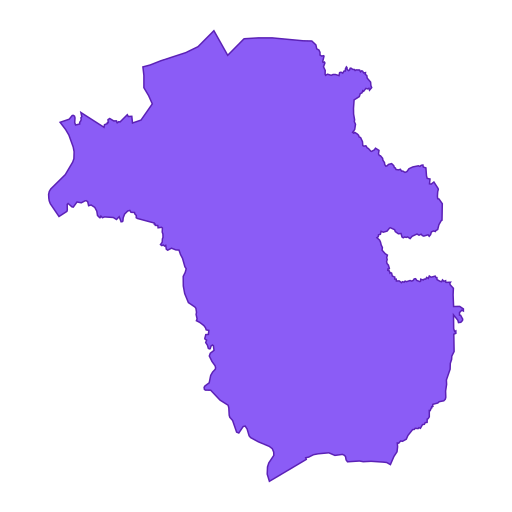 the district of Long Thanh, Đồng Nai, Vietnam
{"feature_id": "81297802B3720110239063", "entity_name": "Long Thanh", "entity_type": "district", "adm_level": 2, "iso_a3": "VNM", "parent_name": "Vietnam", "parent_adm1": "Đồng Nai", "projection": "equal_earth", "projection_center": [107.054, 10.757], "detail": "fine", "context": "isolated", "style": "filled", "palette": "violet", "viewbox_px": 512, "rotation_deg": 0, "n_neighbors": 0, "source": "geoboundaries", "source_scale": "gbopen_adm2", "svg_char_len": 6009}
<svg xmlns="http://www.w3.org/2000/svg" viewBox="0 0 512 512"><path d="M60.1,122.3L65.6,129.5L68.9,135.1L73.2,147.0L74.1,151.7L73.9,158.7L72.7,162.1L65.3,174.6L50.8,188.9L49.3,191.4L48.6,194.4L48.8,198.1L49.2,200.8L50.3,203.7L59.0,216.5L66.9,211.4L67.3,209.9L67.2,204.4L68.1,203.5L72.0,206.9L73.3,207.1L77.0,202.0L81.3,202.8L85.1,200.8L86.2,200.7L87.7,201.7L88.6,205.7L91.1,205.0L94.8,207.4L96.8,211.2L97.5,215.5L99.7,217.7L100.1,217.7L100.9,216.1L102.4,217.7L104.6,216.9L113.3,217.5L116.5,219.5L119.2,216.7L121.1,221.8L122.4,221.6L122.9,221.0L123.2,217.8L124.6,214.1L127.7,211.0L129.8,210.4L131.0,212.3L134.5,212.5L134.8,213.9L136.3,215.5L136.2,217.7L137.5,218.5L154.2,223.0L154.3,224.1L155.1,224.1L155.3,225.4L157.8,225.5L158.1,227.8L161.6,227.3L162.4,228.0L162.2,232.1L162.9,234.0L163.0,237.4L162.4,238.9L162.2,242.2L160.5,244.6L161.8,245.6L163.3,245.0L164.6,246.1L165.7,245.4L166.3,249.2L167.7,250.2L171.5,248.2L175.8,249.9L179.0,250.1L180.5,254.5L182.5,258.3L184.9,266.8L186.2,268.7L185.2,272.4L183.2,276.4L183.3,286.0L184.7,293.6L188.4,302.6L194.9,307.0L195.9,308.3L196.5,312.3L196.1,314.5L197.1,318.9L196.4,320.7L199.9,322.5L203.9,325.6L205.5,327.8L206.2,329.9L208.8,330.4L208.4,334.4L205.8,334.6L204.8,338.4L205.0,339.1L206.6,340.1L205.7,342.6L207.4,345.1L208.3,348.3L209.3,348.9L210.2,348.7L211.1,345.9L212.5,345.0L213.4,345.7L214.0,350.4L210.3,353.2L209.3,356.0L212.0,361.5L215.1,365.8L215.6,367.8L215.3,369.2L212.6,372.1L210.7,375.4L209.2,382.8L204.8,386.1L204.1,387.4L204.4,389.4L205.4,390.1L210.7,390.2L220.0,400.1L228.1,405.2L228.8,407.9L229.2,415.2L229.8,417.3L232.6,420.5L236.6,432.1L238.8,433.0L243.2,426.5L245.2,426.1L247.1,429.0L249.1,435.8L250.6,437.6L258.3,441.8L269.3,446.4L272.3,448.7L273.7,452.1L273.8,455.4L268.8,462.9L267.5,466.9L267.2,474.1L269.4,481.3L306.3,459.4L305.7,457.7L308.7,457.1L313.5,454.7L318.1,453.8L328.8,452.8L334.9,455.4L342.4,454.4L344.2,455.2L345.5,456.5L346.1,459.9L347.5,461.8L359.5,461.0L363.2,461.7L371.1,461.3L383.2,462.1L386.7,462.5L390.4,464.6L393.9,456.5L397.0,451.8L397.6,446.8L397.3,443.0L398.7,443.2L400.6,441.0L402.5,441.3L406.3,439.2L407.9,435.5L412.6,429.6L414.3,429.4L415.2,428.3L418.1,428.6L419.0,427.6L420.4,428.3L422.5,424.6L424.4,424.3L425.2,422.6L427.1,422.4L427.2,419.1L428.1,418.7L429.3,416.8L429.3,410.5L430.2,410.6L431.2,408.1L431.8,407.8L431.7,406.8L432.9,406.4L432.6,405.3L432.9,404.3L437.8,403.0L439.2,401.7L443.8,400.8L445.3,399.2L445.8,397.3L445.6,391.0L446.6,384.4L446.4,380.0L450.1,369.2L450.3,363.4L451.6,359.4L451.8,356.1L454.1,351.5L453.8,334.2L455.9,333.3L455.8,330.9L454.7,331.5L453.7,328.8L453.5,314.9L457.8,320.2L458.5,322.6L460.8,322.3L462.5,320.5L462.7,319.1L460.6,315.3L459.5,315.1L459.5,312.6L461.8,310.2L463.4,311.0L463.4,308.9L459.7,306.4L453.6,306.5L453.1,294.9L453.4,288.3L450.2,284.8L449.8,283.3L450.5,282.2L446.1,282.4L445.7,282.1L445.6,280.7L443.9,281.3L442.5,279.9L441.6,281.7L440.2,281.4L437.0,279.6L436.9,277.6L435.9,277.5L435.2,276.1L431.1,277.2L429.3,276.0L428.3,278.4L426.7,277.4L425.7,279.1L424.2,279.1L423.3,280.0L420.7,279.2L420.6,281.1L419.9,281.6L416.7,280.4L415.6,278.7L414.2,278.9L413.1,280.5L411.5,281.1L410.1,280.5L406.5,281.7L405.1,281.1L404.1,282.2L402.5,281.7L401.4,282.7L399.2,280.9L396.4,281.0L396.2,279.1L394.7,279.0L394.8,277.1L392.3,276.0L391.6,273.1L390.8,272.7L390.0,273.2L389.3,270.9L387.8,270.4L387.9,269.0L389.0,269.0L389.4,268.5L388.4,265.1L387.0,263.5L386.6,261.5L387.2,259.6L386.7,257.6L387.4,255.1L385.2,253.7L382.1,250.2L382.4,247.5L381.2,245.0L380.5,242.1L379.6,240.1L376.9,237.7L378.3,236.6L378.5,234.8L380.4,234.3L381.1,231.3L383.3,232.2L387.1,231.1L389.4,228.2L390.3,227.7L394.6,229.7L395.3,231.6L398.4,233.8L401.0,233.5L402.0,237.0L403.2,237.8L404.6,237.0L406.3,237.4L407.6,236.9L410.1,238.6L412.1,236.3L417.0,234.0L419.0,235.2L421.1,234.2L422.4,235.6L423.8,236.1L428.0,234.8L429.2,236.3L430.6,234.6L431.4,231.9L433.5,231.0L435.4,231.5L435.7,230.7L437.7,229.5L438.9,224.7L441.3,220.5L442.0,220.2L442.3,203.7L439.0,199.0L437.7,198.7L437.4,196.2L437.7,191.7L438.3,189.5L438.1,188.5L433.9,182.0L431.2,184.1L429.5,183.8L430.0,179.0L427.2,178.4L426.5,175.9L425.9,167.9L423.3,167.0L422.9,165.0L421.2,165.3L419.9,166.4L418.4,165.8L412.9,166.9L409.0,168.7L406.9,171.6L405.0,172.4L402.9,171.1L401.5,171.1L400.4,169.3L398.5,169.9L396.0,169.5L395.4,168.0L394.4,167.6L393.7,165.6L391.6,163.6L388.5,164.4L387.1,165.8L385.9,166.2L384.7,164.5L384.5,162.6L382.9,160.2L382.6,158.3L380.5,155.8L379.4,155.5L378.5,153.9L379.0,150.4L375.5,148.2L374.3,149.9L371.6,151.4L370.8,151.2L368.4,148.5L367.3,148.0L365.9,145.8L363.9,146.1L362.8,145.6L362.5,141.7L360.6,137.6L359.1,136.9L358.6,135.3L357.3,134.0L354.8,132.4L353.8,133.2L352.6,132.4L354.7,129.5L355.5,124.3L354.3,121.6L354.6,119.8L353.6,114.1L353.5,108.3L354.1,99.9L359.3,96.6L360.2,93.7L362.0,92.8L362.8,90.7L363.6,91.3L365.9,88.4L367.5,88.9L368.9,88.3L369.5,90.2L371.7,87.6L370.9,85.6L370.6,82.1L367.2,78.1L366.8,75.5L365.3,74.4L365.5,72.6L363.6,72.9L362.7,71.3L361.8,70.8L360.5,71.8L359.6,70.0L356.1,69.9L355.1,70.5L354.4,69.5L352.8,69.4L350.9,68.1L350.1,68.3L349.7,69.8L348.7,70.6L347.1,69.5L347.0,67.6L346.4,66.9L345.4,68.9L345.3,71.0L344.1,71.0L342.7,73.1L341.0,72.2L339.6,72.6L339.0,75.6L335.4,74.5L333.0,74.5L331.2,75.3L327.5,74.2L325.6,75.3L325.1,74.1L325.2,70.4L323.5,66.8L324.9,63.0L324.4,62.0L323.1,62.4L322.7,61.7L324.0,56.1L323.4,55.7L321.7,56.1L320.0,55.0L320.0,52.3L318.9,50.0L316.7,48.8L315.9,44.9L311.8,41.0L303.3,40.8L272.4,37.9L258.1,37.9L244.8,38.7L243.9,38.9L227.7,55.3L213.9,30.7L198.0,46.7L185.6,52.7L161.0,60.7L150.1,65.0L142.9,66.9L143.9,75.5L143.9,87.7L148.6,95.6L152.3,103.9L141.0,120.1L132.5,123.0L131.8,116.3L128.3,116.5L127.3,114.7L120.1,121.9L118.7,121.7L117.4,122.8L117.0,122.7L116.5,120.9L113.7,120.9L109.7,118.5L108.0,119.6L108.2,122.6L107.3,122.8L107.3,123.6L104.5,124.7L104.0,127.3L80.9,112.5L81.8,116.7L80.9,117.9L81.2,119.2L80.8,120.8L79.7,122.3L79.7,124.0L75.6,125.0L74.7,122.6L75.0,117.9L74.5,116.1L73.1,115.3L72.1,115.6L69.2,119.2L60.1,122.3Z" fill="#8b5cf6" stroke="#5b21b6" stroke-width="1.5"/></svg>